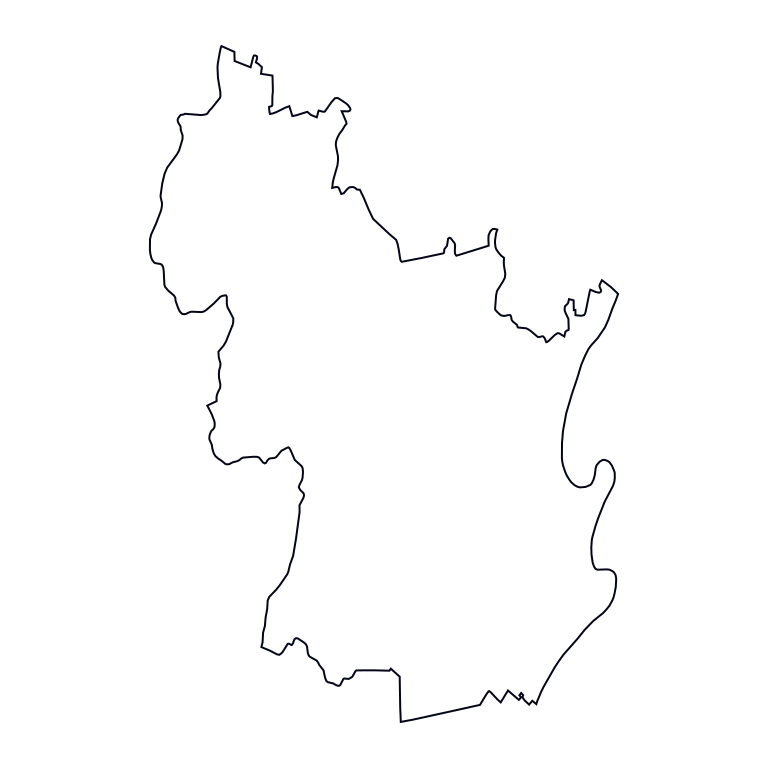 the district of Vu Ban, Nam Định, Vietnam
{"feature_id": "81297802B77828019918781", "entity_name": "Vu Ban", "entity_type": "district", "adm_level": 2, "iso_a3": "VNM", "parent_name": "Vietnam", "parent_adm1": "Nam Định", "projection": "equal_earth", "projection_center": [106.09, 20.382], "detail": "fine", "context": "isolated", "style": "outline", "palette": "ink", "viewbox_px": 768, "rotation_deg": 0, "n_neighbors": 0, "source": "geoboundaries", "source_scale": "gbopen_adm2", "svg_char_len": 6099}
<svg xmlns="http://www.w3.org/2000/svg" viewBox="0 0 768 768"><path d="M175.6,300.9L178.0,307.7L179.3,310.6L180.3,312.1L182.3,314.0L184.5,314.2L186.3,313.8L189.0,312.4L191.4,311.7L201.6,312.1L203.9,311.5L206.1,310.1L213.7,303.6L220.3,296.8L222.2,295.9L225.8,295.3L226.3,295.8L226.8,296.8L226.8,303.4L227.4,307.0L233.3,318.3L233.2,322.3L232.6,325.0L225.9,341.7L223.6,345.6L218.4,351.7L218.8,357.4L220.5,363.6L220.2,366.9L219.2,370.1L218.9,374.4L219.0,377.6L220.4,384.7L220.1,387.9L218.0,392.1L216.9,395.0L216.5,397.4L216.6,401.1L207.3,405.6L211.7,414.2L214.2,420.7L214.6,422.5L214.7,425.0L214.4,427.3L213.3,429.1L211.4,430.9L210.5,432.7L209.5,435.7L209.3,438.4L209.6,439.8L211.9,445.0L212.3,448.3L213.0,451.1L214.0,453.8L215.4,456.1L218.4,458.7L221.6,460.8L225.2,463.8L226.3,464.3L229.2,464.2L232.5,462.4L237.1,461.2L239.3,460.2L241.1,458.6L243.1,457.6L252.9,456.8L256.5,456.8L258.6,457.3L259.3,457.8L263.0,462.5L264.8,463.4L266.0,462.8L267.5,460.3L268.9,458.9L270.2,458.4L274.2,458.0L275.7,457.4L276.8,456.4L281.4,450.8L287.2,447.7L288.5,447.4L289.5,448.3L291.1,451.3L294.8,460.0L301.7,466.2L302.6,468.0L303.0,471.7L302.6,477.5L301.9,480.3L299.8,484.2L298.8,487.0L299.5,488.7L300.3,490.0L303.5,493.2L303.9,494.4L304.0,495.9L303.3,498.1L299.5,505.2L299.6,512.1L296.0,538.7L293.1,556.0L290.1,564.2L288.3,571.7L287.3,574.2L280.0,584.9L276.1,589.8L269.3,596.8L267.7,600.4L267.2,608.9L265.6,617.7L264.9,626.0L263.1,632.5L262.6,642.1L261.4,647.1L269.8,650.6L276.9,654.3L279.3,654.8L281.2,653.5L282.7,651.9L287.6,644.0L288.0,643.7L289.2,643.8L291.2,645.0L291.8,645.0L293.2,642.9L293.6,641.3L294.6,639.1L296.1,638.1L297.9,638.5L303.8,642.4L305.7,644.0L307.0,646.4L307.8,652.8L308.6,655.1L309.6,656.6L316.7,660.6L317.9,662.2L319.5,665.3L322.9,669.5L323.6,670.6L325.1,677.9L326.5,681.2L328.0,682.2L333.1,683.4L336.2,685.2L338.3,685.8L339.3,685.7L340.2,685.1L343.5,678.8L344.5,678.5L347.7,678.9L349.0,678.8L352.3,676.8L355.5,671.1L356.4,670.4L373.6,670.3L389.4,670.7L390.8,668.7L399.7,676.7L400.2,707.2L400.8,721.9L412.3,719.8L480.0,704.9L486.5,694.1L488.6,691.3L489.0,691.1L490.5,692.0L497.4,699.4L500.7,702.4L508.0,690.5L518.9,699.9L521.1,697.3L519.4,695.3L521.2,693.0L523.2,695.2L522.4,697.2L524.6,700.4L529.1,704.6L532.3,700.8L536.3,704.1L537.1,701.5L541.1,691.9L543.6,686.8L554.5,667.7L558.9,661.0L563.6,654.5L577.9,638.3L584.8,629.7L593.3,620.9L603.1,613.0L606.2,609.7L609.4,605.8L612.4,600.3L613.5,597.6L614.7,592.8L615.8,586.8L616.2,578.8L615.6,575.1L614.0,572.4L612.7,571.3L609.6,569.7L606.7,569.4L597.3,569.7L595.5,568.8L594.0,566.5L592.7,562.8L591.5,554.5L591.3,547.5L591.8,540.1L592.4,537.0L595.6,525.7L598.2,518.1L604.7,501.7L613.1,485.6L613.6,484.1L614.5,480.8L614.8,477.3L614.7,472.8L614.4,471.5L612.0,465.7L609.3,462.0L607.5,460.9L605.4,460.1L603.8,459.8L602.5,460.0L599.5,461.8L596.5,465.4L595.7,468.0L594.8,475.1L593.6,479.4L591.8,483.3L590.4,484.9L585.7,486.9L581.3,487.3L579.5,487.3L577.4,486.7L574.7,485.3L571.2,482.2L569.5,479.9L566.8,475.6L565.1,471.7L563.0,465.3L562.2,461.1L561.9,457.6L562.0,443.0L563.0,431.0L566.2,413.4L572.0,393.7L577.1,378.6L581.3,364.7L585.1,355.7L588.3,349.3L591.1,345.4L597.7,338.1L605.0,327.3L608.3,319.9L612.5,308.2L615.7,300.6L618.1,293.9L611.1,287.2L601.9,280.2L599.9,284.3L599.5,285.8L599.8,287.4L601.1,290.2L601.0,291.2L600.5,292.1L599.3,292.7L596.0,292.1L590.3,289.7L589.7,291.5L585.6,311.9L585.0,313.8L584.1,315.0L581.4,315.8L575.5,315.2L575.4,309.9L573.8,310.1L573.6,300.3L569.0,299.1L568.2,302.8L567.3,304.1L565.1,306.1L564.6,308.7L564.7,310.6L565.4,312.6L568.4,318.9L568.7,328.9L568.4,330.1L566.7,330.6L565.4,331.9L564.3,336.5L559.1,333.3L557.5,333.2L554.8,335.0L548.9,340.7L547.3,341.9L546.3,342.2L544.5,337.9L543.1,336.4L542.1,336.3L539.1,337.1L537.7,336.9L530.9,331.1L528.4,329.4L526.2,328.3L518.1,327.5L517.6,327.0L517.0,324.9L512.9,321.6L512.0,320.4L511.6,319.6L511.1,316.6L510.3,315.1L508.0,315.1L505.0,315.9L503.3,315.9L500.7,315.2L496.8,311.6L495.2,309.6L495.1,308.7L496.1,295.3L497.0,291.0L503.1,281.2L504.8,277.8L505.3,273.9L504.0,265.7L503.8,262.9L504.0,257.8L501.2,255.7L498.4,252.5L496.2,249.2L495.5,247.1L495.0,242.9L495.1,239.8L496.1,233.2L497.3,229.6L494.7,228.9L492.9,229.0L491.5,230.0L490.2,231.6L488.6,235.2L488.4,239.3L488.7,245.7L456.4,255.7L455.4,254.4L455.0,253.4L454.8,250.8L455.1,245.4L454.6,243.2L450.6,238.1L449.3,237.8L448.1,238.8L447.0,245.8L444.3,249.3L444.1,252.4L443.5,253.3L422.0,257.9L401.7,261.8L400.9,261.0L400.3,259.6L398.7,249.3L397.6,244.0L396.2,239.9L389.5,234.2L373.2,219.0L368.8,209.9L363.8,197.9L359.9,189.8L357.0,189.5L354.7,187.6L352.8,187.0L349.5,187.3L347.2,189.1L343.8,193.2L341.3,194.0L338.9,188.2L338.4,187.6L337.5,187.1L336.0,187.0L332.2,187.9L332.9,181.9L334.0,177.4L337.5,165.2L338.0,160.6L338.0,156.4L335.9,145.8L335.8,144.3L336.1,141.5L337.2,138.1L339.3,134.0L342.2,130.2L345.0,125.5L346.5,123.9L346.3,122.1L341.7,111.2L348.4,111.4L349.9,110.6L350.4,109.7L350.2,108.2L348.9,106.3L347.5,104.6L345.1,102.7L338.2,98.2L336.8,98.0L335.0,98.2L331.5,102.1L324.9,111.5L324.0,111.8L322.5,111.6L318.6,110.6L316.8,117.3L311.0,115.0L307.3,111.8L296.3,115.3L292.4,116.1L289.3,106.2L285.3,107.7L276.2,112.2L273.2,113.3L270.0,114.0L269.5,112.2L269.0,106.9L271.4,106.2L272.1,105.6L272.3,105.1L272.4,96.1L272.9,90.9L272.5,75.6L261.0,73.8L261.9,67.2L258.4,63.9L255.9,62.4L257.1,58.1L257.1,56.9L256.6,56.0L255.0,55.4L253.8,55.6L253.1,57.5L250.6,67.3L234.6,61.0L234.4,51.9L221.5,46.1L220.8,47.7L219.6,53.3L217.8,63.6L217.5,67.5L218.0,78.3L220.3,91.9L220.4,96.4L220.0,97.8L211.8,108.1L209.4,110.6L207.3,113.6L206.0,114.3L201.6,115.1L184.9,113.8L183.6,114.5L180.8,114.9L180.0,115.6L178.0,118.5L177.7,119.5L177.7,121.0L178.6,123.3L180.5,126.2L180.8,130.2L182.6,135.5L182.5,139.2L179.3,149.9L178.3,152.0L176.8,154.6L167.2,167.6L164.6,173.7L162.3,183.2L160.6,195.3L160.6,196.9L162.0,203.1L161.9,206.1L161.5,208.4L161.0,210.6L155.9,224.0L151.1,234.6L150.0,239.4L149.9,249.8L150.3,253.7L151.4,258.1L152.2,259.9L154.1,262.5L155.1,263.1L160.4,264.0L161.3,264.4L162.4,265.6L163.2,267.5L163.7,270.6L164.4,284.8L165.0,286.8L168.3,290.7L174.0,295.5L175.3,297.7L175.6,300.9Z" fill="none" stroke="#020617" stroke-width="2"/></svg>